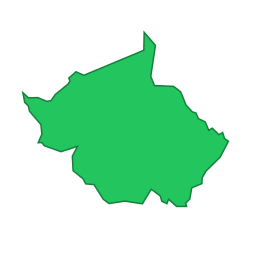 Konche, Konče, North Macedonia, rotated 167°
{"feature_id": "65306769B3097110342626", "entity_name": "Konche", "entity_type": "district", "adm_level": 2, "iso_a3": "MKD", "parent_name": "North Macedonia", "parent_adm1": "Konče", "projection": "mercator", "projection_center": [22.397, 41.52], "detail": "fine", "context": "isolated", "style": "filled", "palette": "green", "viewbox_px": 256, "rotation_deg": 167, "n_neighbors": 0, "source": "geoboundaries", "source_scale": "gbopen_adm2", "svg_char_len": 875}
<svg xmlns="http://www.w3.org/2000/svg" viewBox="0 0 256 256"><g transform="rotate(167 128 128)"><path d="M90.7,217.6L95.1,200.2L159.2,189.3L166.0,194.5L174.4,190.0L174.1,186.6L176.7,184.2L191.5,176.9L196.9,171.9L201.3,172.3L209.0,177.9L218.2,179.8L222.5,186.0L222.9,176.2L220.2,172.1L220.2,166.5L212.1,150.9L213.3,141.3L218.8,133.9L215.2,133.1L213.5,129.5L198.6,120.0L181.3,121.5L188.6,113.0L191.1,98.7L183.2,88.6L181.8,83.1L173.9,80.5L168.1,64.1L163.5,58.7L147.6,57.5L131.0,50.9L119.1,63.1L111.9,54.6L111.5,49.0L107.1,45.5L104.5,49.4L98.2,40.6L88.6,38.4L88.8,41.7L83.8,44.9L79.3,55.4L68.5,57.2L67.0,62.8L61.5,68.6L44.7,78.9L33.1,92.5L36.3,96.0L36.8,102.3L40.9,101.1L46.0,108.9L49.8,107.5L51.4,116.6L57.3,121.3L58.4,127.3L61.7,129.3L66.3,137.3L68.5,151.3L74.2,158.3L92.7,163.4L94.2,173.2L82.7,202.3L90.7,217.6Z" fill="#22c55e" stroke="#15803d" stroke-width="1.5"/></g></svg>